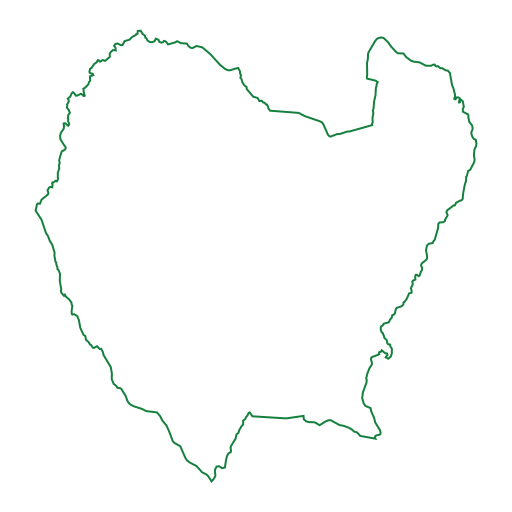 the district of Chiuta, Tete, Mozambique
{"feature_id": "85939544B4853369515096", "entity_name": "Chiuta", "entity_type": "district", "adm_level": 2, "iso_a3": "MOZ", "parent_name": "Mozambique", "parent_adm1": "Tete", "projection": "equal_earth", "projection_center": [33.513, -15.51], "detail": "fine", "context": "isolated", "style": "outline", "palette": "green", "viewbox_px": 512, "rotation_deg": 0, "n_neighbors": 0, "source": "geoboundaries", "source_scale": "gbopen_adm2", "svg_char_len": 5839}
<svg xmlns="http://www.w3.org/2000/svg" viewBox="0 0 512 512"><path d="M111.7,379.1L113.7,383.9L116.3,385.9L117.5,387.9L120.3,388.2L121.3,388.9L125.8,396.2L127.3,400.6L129.2,403.5L130.9,404.8L134.4,406.5L141.7,408.8L146.3,411.1L156.9,412.4L160.0,415.9L162.4,420.6L166.4,425.4L169.1,431.3L172.8,441.2L174.2,442.8L180.3,446.3L185.6,458.4L187.2,460.6L189.9,462.6L196.6,466.1L202.1,472.3L206.3,474.4L208.2,476.1L211.5,481.3L213.4,479.4L215.1,476.6L215.4,475.1L214.9,472.2L215.1,469.5L216.6,466.6L219.1,466.2L222.0,468.2L224.9,467.5L226.0,460.2L227.0,456.1L228.5,453.4L230.8,452.1L231.0,450.4L230.5,447.7L231.1,445.9L235.6,438.6L236.6,434.2L238.4,432.9L239.3,430.0L241.6,426.1L243.2,424.4L243.1,420.6L245.3,419.0L246.0,417.1L247.4,415.6L248.7,412.9L249.7,412.4L252.4,416.3L286.2,418.4L303.5,415.9L303.8,419.3L306.3,421.4L309.2,422.1L314.7,422.3L319.6,425.2L326.0,421.2L328.4,420.3L330.6,420.2L339.6,425.1L343.6,425.8L349.2,427.9L352.0,429.6L354.0,431.5L357.2,432.5L360.2,435.9L375.5,438.7L374.8,437.3L375.3,436.2L376.3,435.4L379.3,434.8L380.4,434.0L380.6,432.4L379.9,430.1L375.1,422.2L374.2,418.1L371.1,411.1L370.6,408.1L365.4,405.9L363.7,403.5L362.2,398.2L362.9,392.4L366.5,382.6L366.7,379.7L366.2,378.5L367.3,373.7L369.4,368.3L371.9,364.4L371.9,362.7L370.9,359.0L371.5,357.3L379.2,354.3L378.9,353.3L379.3,352.1L380.9,351.8L381.7,350.3L385.3,353.3L387.0,353.4L387.5,354.9L385.7,357.3L388.3,358.7L390.7,356.7L391.8,353.6L391.9,348.7L390.4,346.6L390.1,344.6L388.1,344.2L387.4,343.5L386.8,340.3L384.2,337.6L384.1,336.0L383.2,334.6L383.0,333.4L381.6,332.2L380.8,329.9L380.8,327.5L381.2,326.4L382.7,325.5L383.7,323.7L388.8,322.3L390.2,319.3L391.6,318.0L392.3,315.2L393.8,314.7L394.9,313.4L395.9,308.7L397.0,307.7L400.8,306.6L402.7,305.4L403.4,304.1L403.5,302.4L404.4,302.0L406.6,299.1L409.1,293.4L411.5,292.7L411.7,291.2L410.9,288.2L412.8,284.3L412.3,281.5L413.0,280.6L415.4,279.6L415.2,276.6L415.7,274.9L417.0,274.8L418.7,276.2L419.7,275.4L420.9,271.7L422.1,269.9L422.1,267.7L421.2,266.0L421.1,264.7L421.9,263.3L426.5,259.6L427.0,258.4L427.1,255.8L426.0,250.4L426.9,245.6L428.9,243.7L432.7,243.1L433.5,241.1L434.7,239.8L438.1,227.9L438.3,223.9L439.7,222.4L443.1,222.3L444.9,221.0L445.1,219.5L447.5,215.7L447.5,214.6L446.4,212.3L447.1,210.4L453.5,205.5L454.8,205.4L456.1,202.8L459.9,200.6L461.5,200.4L462.7,198.9L463.1,193.7L464.7,185.1L466.0,180.9L466.2,176.7L467.0,175.7L468.1,171.0L470.2,169.8L474.3,161.9L474.6,159.2L473.9,155.1L474.5,149.2L476.1,146.1L476.4,143.5L475.8,139.8L473.5,138.6L472.1,136.2L471.4,133.8L471.5,131.6L472.4,130.1L472.6,128.5L472.2,125.5L469.5,122.3L468.3,117.3L468.4,115.2L468.0,114.4L462.9,111.7L462.8,108.9L463.8,106.8L462.8,101.3L461.0,99.7L459.9,101.0L459.9,102.3L459.1,102.5L458.9,101.7L460.0,98.6L458.6,97.5L456.8,97.4L455.5,99.3L454.5,99.2L454.3,98.3L455.1,96.7L455.0,94.7L453.4,88.2L452.1,85.3L449.9,73.0L447.8,70.6L445.9,70.4L442.0,68.1L440.4,68.3L437.9,66.1L436.5,66.5L435.4,65.9L434.8,64.6L433.0,64.7L430.9,65.8L425.9,65.7L419.6,62.4L413.4,61.6L411.0,60.7L406.0,56.9L403.5,53.5L398.2,53.3L396.4,52.3L390.9,46.3L388.2,42.4L383.9,38.2L381.8,37.5L378.6,37.9L376.7,39.1L375.0,41.2L368.5,52.4L368.0,54.2L367.9,58.8L367.0,63.0L367.2,74.9L366.8,77.2L367.1,78.6L375.8,80.7L377.7,82.1L376.6,84.0L376.6,85.9L375.9,87.9L375.5,95.3L374.1,101.5L373.5,108.9L372.9,110.3L373.4,113.2L372.5,117.8L372.7,122.4L372.0,123.7L372.2,125.1L349.1,131.6L347.3,131.5L339.9,134.0L337.1,134.1L330.5,136.6L329.5,136.3L327.9,134.6L323.3,124.2L321.9,122.3L319.6,121.2L305.0,116.2L298.7,112.9L270.1,110.7L268.4,108.5L268.1,106.8L267.0,104.6L266.1,104.5L264.7,102.8L263.0,102.4L261.8,100.8L259.3,101.1L258.2,98.7L257.3,97.9L253.2,96.7L246.7,89.0L246.6,87.0L244.3,85.3L242.3,82.1L241.5,79.0L240.4,77.8L241.0,75.2L240.2,73.9L239.9,71.2L238.1,67.9L229.8,70.3L227.7,70.2L224.9,68.8L219.9,64.7L210.3,54.1L202.2,47.3L196.5,46.0L192.6,48.0L190.6,47.8L188.1,45.7L187.0,43.6L181.1,43.2L177.1,41.2L175.4,42.3L168.1,44.4L166.2,41.9L164.8,41.0L164.0,40.9L162.9,42.2L161.5,42.7L159.3,41.8L158.5,39.8L155.7,38.7L154.9,40.8L154.1,41.4L152.1,42.2L149.7,42.0L147.5,40.5L146.5,38.3L145.3,37.6L145.0,35.7L142.6,34.0L140.7,30.7L137.8,31.0L137.5,33.8L136.1,34.2L135.7,35.1L132.1,37.0L129.5,39.7L124.6,41.1L122.6,45.0L120.9,45.2L117.5,43.5L115.4,43.9L114.1,46.0L115.4,47.5L115.8,50.4L112.9,50.1L110.7,52.1L109.7,53.8L109.8,56.9L105.1,60.9L102.8,60.0L100.1,61.7L98.3,60.1L97.7,60.2L96.7,62.3L94.2,64.0L91.5,67.9L90.1,68.8L89.4,71.8L89.7,72.8L92.8,73.9L93.3,75.2L90.2,76.1L89.9,76.9L90.2,80.8L88.8,82.3L88.5,84.2L84.9,87.9L83.3,88.7L84.1,93.9L84.7,95.2L84.5,95.9L83.7,96.1L81.5,94.0L80.7,93.8L77.5,95.5L75.9,95.7L73.7,92.6L72.8,92.2L71.6,93.5L70.4,96.4L67.8,98.7L68.4,99.4L68.8,101.5L67.1,104.5L67.3,105.8L66.8,107.5L68.7,110.0L69.9,112.7L68.1,115.3L68.3,116.9L67.8,118.2L68.2,118.8L68.1,121.2L69.1,123.5L69.1,124.6L68.1,125.8L65.2,123.2L63.7,123.4L63.6,124.4L64.2,126.2L63.8,126.7L63.9,127.9L63.4,129.3L61.2,132.2L60.1,135.5L60.4,139.3L64.7,146.1L65.4,146.6L65.7,148.0L65.2,149.3L63.3,150.7L62.4,150.8L61.5,152.0L59.9,157.3L59.2,160.3L59.7,163.5L58.9,165.1L59.3,168.3L57.8,172.9L57.9,179.5L56.8,181.4L55.5,180.8L53.6,182.4L52.4,182.4L52.1,183.4L52.5,184.5L52.3,187.3L50.2,186.9L49.1,187.6L47.5,190.3L48.4,193.0L48.0,194.4L41.6,199.6L39.9,203.8L37.8,203.5L37.0,204.3L35.6,210.7L41.5,219.7L46.0,233.2L48.0,236.0L49.7,240.7L52.2,244.7L54.6,252.7L54.4,255.6L55.4,261.5L56.3,262.7L56.2,263.9L57.5,267.8L57.5,269.3L58.5,270.1L60.0,273.6L59.8,281.3L61.3,289.4L60.9,290.9L61.3,292.6L64.0,295.8L64.9,294.7L65.7,296.4L69.2,299.5L71.4,302.4L71.7,304.7L72.4,305.7L71.6,311.0L71.8,314.0L72.4,314.6L74.2,314.2L77.3,316.1L78.9,320.2L80.3,327.9L83.5,334.8L85.4,336.1L85.9,339.7L88.6,342.1L89.9,344.3L91.1,345.0L92.7,347.5L93.8,348.0L97.0,346.2L99.7,349.0L101.2,348.8L102.9,352.1L103.6,355.1L110.8,367.2L111.9,373.7L111.7,379.1Z" fill="none" stroke="#15803d" stroke-width="2"/></svg>